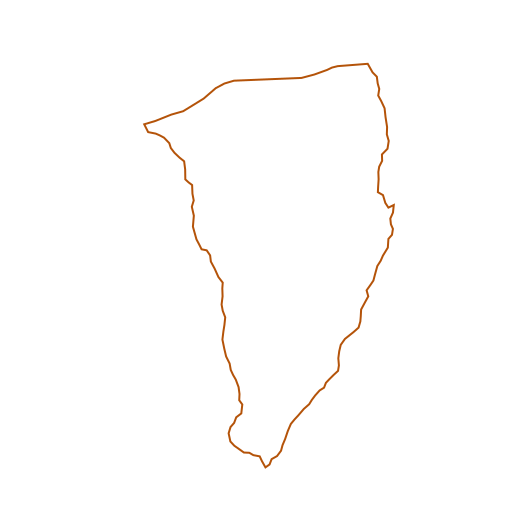 outline of Santa Albertina, São Paulo, Brazil, rotated 9°
{"feature_id": "56859067B20515811466790", "entity_name": "Santa Albertina", "entity_type": "district", "adm_level": 2, "iso_a3": "BRA", "parent_name": "Brazil", "parent_adm1": "São Paulo", "projection": "equal_earth", "projection_center": [-50.724, -20.031], "detail": "fine", "context": "isolated", "style": "outline", "palette": "amber", "viewbox_px": 512, "rotation_deg": 9, "n_neighbors": 0, "source": "geoboundaries", "source_scale": "gbopen_adm2", "svg_char_len": 1863}
<svg xmlns="http://www.w3.org/2000/svg" viewBox="0 0 512 512"><g transform="rotate(9 256 256)"><path d="M125.0,143.4L130.1,150.5L137.8,150.8L142.0,151.9L146.6,153.5L152.7,158.1L155.0,162.7L159.3,166.8L165.1,170.8L170.2,173.7L172.5,181.6L174.2,191.4L178.0,193.9L181.8,195.9L183.5,204.5L185.8,210.9L184.9,217.4L188.3,225.9L189.1,236.9L194.6,248.9L198.0,253.4L201.2,257.9L206.4,258.1L210.6,262.6L212.3,268.6L217.1,274.9L222.2,282.7L227.3,287.5L227.8,293.3L229.3,301.1L229.6,309.3L231.7,315.3L235.2,321.4L235.6,329.1L235.6,335.6L235.9,343.8L239.2,352.6L242.2,359.9L246.8,366.4L248.9,372.5L252.0,377.1L255.4,381.3L259.3,388.2L261.3,394.9L262.0,401.1L265.7,404.8L266.1,413.8L261.7,418.4L260.5,424.3L257.6,428.9L256.7,435.4L259.7,443.2L264.3,446.8L274.8,452.0L280.2,451.4L284.5,453.1L291.0,453.3L293.9,457.6L298.4,463.3L302.0,459.8L303.2,454.2L308.1,450.3L311.2,444.4L311.8,438.7L313.4,432.2L314.8,423.9L316.7,416.4L319.7,411.3L322.6,407.0L327.2,399.5L331.7,394.1L333.7,389.3L336.3,384.4L339.9,378.8L343.8,375.4L344.9,370.3L347.8,366.1L351.3,361.3L355.0,356.6L355.0,351.1L353.3,344.1L353.1,337.0L353.6,330.5L356.8,324.0L360.9,319.5L364.3,315.8L368.5,310.7L369.3,304.3L368.9,299.1L368.2,292.4L371.0,284.4L373.2,278.3L370.6,272.6L373.6,266.6L375.8,261.9L376.4,255.8L377.4,246.9L379.9,241.2L381.3,235.8L384.9,227.1L384.1,218.4L387.0,213.8L387.0,207.8L384.3,203.6L382.8,198.0L384.5,191.7L384.1,184.1L379.2,187.5L375.4,183.3L371.9,176.0L366.4,173.9L365.8,168.5L365.1,161.0L363.7,153.9L363.7,148.5L365.7,142.3L364.5,136.0L369.1,129.5L369.1,121.6L366.2,115.4L365.3,108.1L362.2,98.5L359.9,90.0L355.5,83.5L351.6,78.4L351.6,71.7L349.2,66.5L347.3,60.0L342.4,56.4L336.3,48.7L307.0,55.7L301.6,58.0L297.1,61.1L285.3,67.6L273.1,73.0L206.8,86.3L197.8,90.6L190.0,96.5L179.7,108.7L161.4,124.4L150.2,129.6L135.6,138.3L125.0,143.4Z" fill="none" stroke="#b45309" stroke-width="2"/></g></svg>